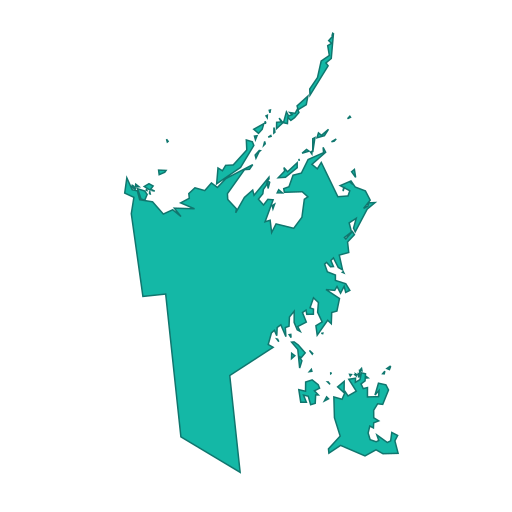 the district of East Arnhem, Northern Territory, Australia, rotated 354°
{"feature_id": "25037944B47305351718046", "entity_name": "East Arnhem", "entity_type": "district", "adm_level": 2, "iso_a3": "AUS", "parent_name": "Australia", "parent_adm1": "Northern Territory", "projection": "natural_earth1", "projection_center": [136.298, -12.677], "detail": "fine", "context": "isolated", "style": "filled", "palette": "teal", "viewbox_px": 512, "rotation_deg": 354, "n_neighbors": 0, "source": "geoboundaries", "source_scale": "gbopen_adm2", "svg_char_len": 6216}
<svg xmlns="http://www.w3.org/2000/svg" viewBox="0 0 512 512"><g transform="rotate(354 256 256)"><path d="M263.5,348.6L258.9,345.3L263.3,334.1L266.5,331.8L268.3,337.4L269.6,329.3L273.5,327.0L277.3,339.3L277.7,330.2L281.5,329.3L282.9,320.1L288.2,314.9L287.0,326.1L289.3,333.7L292.1,335.6L290.1,330.5L299.1,327.0L296.3,317.1L300.1,315.0L300.4,319.3L307.0,319.9L307.6,314.8L304.3,313.2L308.8,303.6L313.2,308.8L311.4,318.4L314.9,328.5L308.3,331.6L308.6,341.1L320.6,327.4L323.8,331.2L325.4,320.1L330.7,319.2L334.6,307.0L322.1,296.7L330.7,298.4L333.4,294.8L336.2,301.8L340.5,295.3L341.4,301.6L345.7,300.0L342.4,293.0L332.4,288.6L333.0,283.2L325.3,279.2L323.4,271.2L325.5,269.7L329.0,274.5L331.9,274.6L330.0,268.3L332.8,266.0L336.6,276.0L340.6,278.8L338.9,263.8L348.6,262.2L348.5,251.6L356.1,245.1L354.4,241.7L347.1,248.5L345.9,246.8L353.5,242.1L352.1,232.8L359.6,229.0L355.9,238.5L357.2,242.3L371.5,221.0L380.0,215.3L373.6,214.9L372.4,218.2L368.0,219.9L375.4,212.4L371.6,202.7L361.9,197.8L358.3,191.3L347.1,194.8L356.1,200.9L353.8,205.9L343.6,205.6L330.7,169.8L326.1,175.7L321.2,170.7L336.1,160.1L334.1,155.0L334.0,160.3L317.9,165.5L309.8,178.3L301.3,179.5L296.0,190.6L290.6,191.9L290.9,195.6L308.7,196.9L313.8,202.6L310.0,204.6L305.7,222.3L296.4,232.4L279.3,226.2L274.0,234.3L273.8,221.9L268.6,222.9L278.9,201.9L273.7,200.9L268.8,206.1L264.3,199.7L269.3,194.8L270.3,190.5L273.5,186.9L275.3,182.1L277.0,180.7L277.1,179.0L260.4,195.4L259.6,190.1L250.6,196.5L240.3,210.9L241.5,207.1L233.8,196.8L234.1,191.0L253.6,168.9L258.6,169.1L262.3,164.8L234.1,175.9L224.8,183.8L219.3,178.7L211.9,185.6L202.4,181.8L195.7,186.9L195.7,191.6L186.6,195.3L199.8,202.6L179.8,199.9L185.5,208.9L178.0,201.3L168.2,204.6L158.8,191.3L146.2,187.9L144.8,178.8L139.8,177.2L135.7,164.8L132.0,179.7L140.7,184.9L136.4,200.9L139.3,284.4L162.2,284.4L162.4,428.0L217.6,469.5L217.4,372.1L263.5,348.6ZM359.9,195.1L356.8,192.0L357.9,191.6L359.9,195.1ZM318.7,404.3L317.1,425.0L320.9,443.9L307.9,455.4L307.9,459.7L320.3,453.2L343.5,466.2L355.1,461.3L361.6,465.9L376.7,467.1L374.8,454.3L378.1,449.3L372.6,445.7L370.6,453.9L367.1,455.2L357.5,446.6L358.8,452.3L356.1,453.3L350.3,450.6L349.0,443.8L351.4,437.0L354.8,439.3L355.6,434.2L360.8,432.8L356.2,429.2L356.9,421.7L361.5,415.7L366.5,416.8L373.8,403.1L371.7,397.7L364.5,395.3L359.8,406.7L364.3,402.6L363.2,408.7L352.1,407.8L353.1,398.5L348.8,399.1L347.1,394.2L351.4,391.6L352.6,384.6L348.6,383.2L346.5,389.8L341.6,392.0L342.2,387.9L335.4,388.3L341.6,400.9L332.9,404.8L330.6,400.4L326.6,407.5L318.7,404.3ZM227.4,164.5L224.4,180.1L249.9,166.3L265.4,145.8L264.3,142.0L258.5,139.6L257.9,149.6L242.8,163.1L235.3,162.7L231.5,167.7L227.4,164.5ZM293.3,400.9L294.8,409.6L299.5,408.7L300.8,400.4L303.5,400.7L300.0,396.2L305.4,394.1L304.4,390.5L298.9,385.1L292.2,386.5L291.1,395.7L284.6,393.4L285.2,406.1L290.8,406.7L288.7,399.3L293.3,400.9ZM326.9,95.5L326.5,101.7L347.6,74.4L345.7,71.3L351.5,67.4L355.9,44.8L350.8,49.4L353.4,52.4L349.3,54.3L349.9,64.2L341.2,68.9L335.8,85.0L326.9,95.5ZM306.7,119.2L303.1,120.1L301.3,115.9L297.6,125.4L290.5,125.2L289.7,131.5L296.8,126.2L301.1,127.6L302.2,121.5L304.8,124.8L308.8,122.5L313.7,117.8L312.7,114.0L309.8,118.2L304.7,116.9L306.7,119.2ZM293.4,174.5L286.3,180.5L293.5,180.8L306.2,172.5L306.7,167.6L296.2,175.5L293.0,171.0L293.4,174.5ZM287.8,353.3L287.7,372.0L290.7,365.0L287.8,360.0L290.4,361.8L294.8,357.5L288.8,349.0L284.9,345.4L282.4,345.4L287.8,353.3ZM271.3,134.3L275.4,130.6L277.6,125.2L267.0,129.7L271.3,134.3ZM154.2,183.4L152.1,179.7L145.2,176.7L147.6,187.2L151.2,188.9L154.2,183.4ZM330.6,389.9L323.5,394.7L329.3,401.2L330.6,389.9ZM313.2,114.9L321.8,110.8L324.3,102.4L312.5,111.0L313.2,114.9ZM152.1,175.2L157.5,179.4L161.0,175.6L157.1,172.9L152.1,175.2ZM329.0,144.8L336.6,143.5L341.3,137.6L333.7,142.8L331.0,140.1L329.0,144.8ZM324.7,145.3L323.3,158.6L327.0,144.4L324.7,145.3ZM168.2,165.0L174.0,163.2L175.5,161.5L168.1,160.4L168.2,165.0ZM359.9,182.2L363.3,188.2L362.9,180.2L359.9,182.2ZM319.7,157.3L317.4,155.3L312.6,158.6L319.7,157.3ZM288.8,196.0L285.5,192.5L283.7,195.4L288.8,196.0ZM308.9,407.3L313.2,405.6L311.5,403.5L308.9,407.3ZM267.0,136.6L267.6,140.3L269.6,136.5L267.0,136.6ZM146.9,174.9L143.9,172.0L143.2,174.6L146.9,174.9ZM266.2,158.7L270.0,152.6L271.3,151.7L270.3,151.4L265.7,155.5L266.2,158.7ZM287.8,134.8L287.3,130.1L286.6,135.6L287.8,134.8ZM275.1,190.1L277.3,184.1L276.0,182.9L275.0,184.2L275.1,190.1ZM281.3,356.5L280.6,361.8L284.2,359.2L281.3,356.5ZM143.5,177.0L141.5,174.0L141.2,173.3L140.3,172.7L139.6,174.8L143.5,177.0ZM159.4,180.0L162.1,180.9L159.6,179.4L159.4,180.0ZM299.2,374.5L297.0,376.6L299.5,376.5L299.2,374.5ZM345.4,383.5L345.4,387.5L347.2,384.1L345.4,383.5ZM299.3,355.5L301.7,359.5L302.2,358.9L299.3,355.5ZM374.4,381.6L376.8,382.9L378.2,380.2L377.8,379.7L374.4,381.6ZM321.2,158.5L322.2,160.3L322.6,157.7L321.2,158.5ZM277.4,207.6L277.8,210.8L279.9,206.4L277.4,207.6ZM280.6,139.1L283.5,138.6L283.3,137.7L280.6,139.1ZM157.0,180.4L156.6,182.9L157.3,183.2L157.0,180.4ZM295.4,124.1L293.4,121.3L295.0,124.8L295.4,124.1ZM363.9,126.8L361.4,129.0L364.5,127.9L363.9,126.8ZM336.7,383.5L337.2,385.2L338.5,383.9L336.7,383.5ZM350.5,198.0L349.8,198.5L349.4,200.6L350.5,198.0ZM284.4,112.5L284.8,115.1L285.6,112.3L284.4,112.5ZM179.2,130.5L179.7,133.4L180.6,132.8L179.2,130.5ZM348.0,148.0L343.0,150.3L345.7,150.0L348.0,148.0ZM282.3,340.8L282.4,337.6L280.8,337.7L282.3,340.8ZM280.6,117.7L281.6,119.6L282.0,117.2L280.6,117.7ZM316.2,391.4L314.7,388.8L314.0,388.7L316.2,391.4ZM318.1,379.4L318.0,380.9L318.4,380.7L318.1,379.4ZM355.6,42.5L354.5,45.0L356.2,43.1L355.6,42.5ZM276.9,145.4L276.6,143.0L275.2,146.8L276.9,145.4ZM371.2,386.6L372.1,384.0L369.7,386.3L371.2,386.6ZM341.7,384.3L342.9,385.4L342.6,383.8L341.7,384.3ZM269.7,343.6L268.8,341.0L268.0,340.7L269.7,343.6ZM154.0,177.8L153.8,179.3L154.4,179.5L154.0,177.8ZM279.0,123.0L279.1,125.6L279.6,124.1L279.0,123.0ZM308.8,165.2L309.1,165.8L308.8,163.9L308.8,165.2ZM347.7,380.1L349.4,381.1L349.2,378.8L347.7,380.1ZM354.7,388.9L353.4,387.7L352.9,388.9L354.7,388.9ZM344.1,384.7L343.0,383.9L343.4,384.9L344.1,384.7ZM340.2,281.2L341.6,282.0L341.1,280.7L340.2,281.2ZM347.8,381.9L347.0,381.2L347.0,382.6L347.8,381.9ZM312.9,339.7L314.2,340.2L314.4,339.7L312.9,339.7Z" fill="#14b8a6" stroke="#0f766e" stroke-width="1.5"/></g></svg>